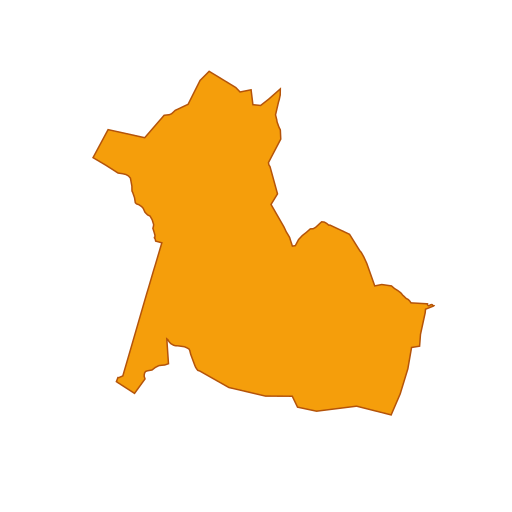 Santa Catarina Zapoquila, Oaxaca, Mexico, rotated 17°
{"feature_id": "50627088B71795899371071", "entity_name": "Santa Catarina Zapoquila", "entity_type": "district", "adm_level": 2, "iso_a3": "MEX", "parent_name": "Mexico", "parent_adm1": "Oaxaca", "projection": "mercator", "projection_center": [-97.553, 18.025], "detail": "fine", "context": "isolated", "style": "filled", "palette": "amber", "viewbox_px": 512, "rotation_deg": 17, "n_neighbors": 0, "source": "geoboundaries", "source_scale": "gbopen_adm2", "svg_char_len": 2524}
<svg xmlns="http://www.w3.org/2000/svg" viewBox="0 0 512 512"><g transform="rotate(17 256 256)"><path d="M180.0,422.9L185.8,406.0L184.2,403.7L183.8,402.0L183.7,400.2L184.2,398.7L185.8,397.5L189.9,395.4L192.3,392.0L195.2,389.2L197.9,388.0L200.6,386.9L203.8,384.6L194.9,361.3L196.2,361.8L197.8,363.3L200.1,364.7L201.5,365.0L203.2,365.4L205.1,365.4L207.6,364.7L214.1,363.7L216.7,364.0L219.0,364.5L220.2,365.6L221.4,367.6L222.3,369.1L229.3,378.3L230.9,380.2L231.1,380.3L232.1,381.2L233.8,382.4L235.7,382.4L268.5,389.7L306.0,387.2L331.7,379.5L339.9,388.4L359.3,386.7L376.0,379.2L396.1,370.2L431.1,368.5L431.7,368.5L434.2,345.7L434.2,319.5L431.5,298.0L438.8,294.4L436.2,282.8L434.4,260.9L433.7,257.3L440.2,252.1L440.5,251.8L440.6,251.5L440.1,251.6L439.5,251.6L439.2,251.4L438.9,251.1L438.4,251.0L438.1,251.1L437.6,251.4L437.3,251.6L437.1,251.7L436.9,252.0L436.7,252.2L436.4,252.5L436.1,252.8L435.8,253.1L435.6,253.1L435.3,253.1L434.9,253.0L434.6,252.7L434.3,252.5L434.2,252.3L433.9,252.1L433.9,251.8L433.9,251.6L417.9,255.5L416.3,254.2L414.3,253.1L411.8,252.6L409.4,251.3L407.6,250.5L405.8,249.2L404.2,248.5L401.7,247.6L397.9,246.6L394.3,245.0L384.6,246.5L378.3,249.9L364.2,230.8L359.3,225.3L355.5,221.7L353.8,220.7L339.1,207.9L317.6,204.8L316.7,205.3L314.1,204.2L311.4,203.6L308.8,204.1L307.4,206.4L306.1,208.7L304.6,211.2L302.7,213.2L300.0,214.2L297.1,218.9L294.3,222.9L291.9,227.8L290.6,234.6L287.9,235.9L286.3,233.6L285.0,231.8L282.7,228.4L280.1,226.0L277.6,223.8L276.2,222.2L274.2,220.0L255.3,202.3L258.4,190.3L243.3,166.5L241.6,165.0L240.6,163.0L245.5,137.0L242.6,128.8L242.1,127.9L241.2,127.1L240.0,125.7L239.3,124.8L238.6,123.8L237.5,122.4L236.6,121.0L236.1,119.8L233.4,115.3L232.7,105.1L232.5,102.1L232.5,99.5L232.3,97.6L232.1,95.0L230.4,89.1L222.2,102.4L216.4,110.7L208.8,112.2L202.7,98.5L192.8,103.8L187.4,100.8L157.2,93.1L151.2,104.4L146.7,130.8L136.2,140.3L133.7,144.6L132.0,146.1L127.0,148.3L115.0,175.4L110.3,175.8L77.6,178.4L71.4,209.6L85.9,213.1L99.8,217.0L104.4,216.3L107.7,216.1L110.6,216.7L113.1,218.2L116.9,225.5L118.4,230.1L119.6,231.4L122.8,235.8L125.0,240.3L126.5,241.1L129.0,241.2L132.2,242.2L134.2,243.4L136.9,246.5L138.4,247.4L140.3,248.4L143.0,248.8L146.1,251.7L148.9,255.8L149.2,257.3L149.3,259.7L151.6,263.0L153.4,265.9L153.8,267.5L153.4,267.9L153.6,268.4L154.6,269.2L155.7,271.1L162.1,270.9L162.3,293.7L162.3,300.5L162.5,318.1L162.5,319.5L162.5,323.6L162.7,337.8L163.3,379.2L163.7,409.6L160.4,412.4L159.5,412.6L159.2,417.0L180.0,422.9Z" fill="#f59e0b" stroke="#b45309" stroke-width="1.5"/></g></svg>